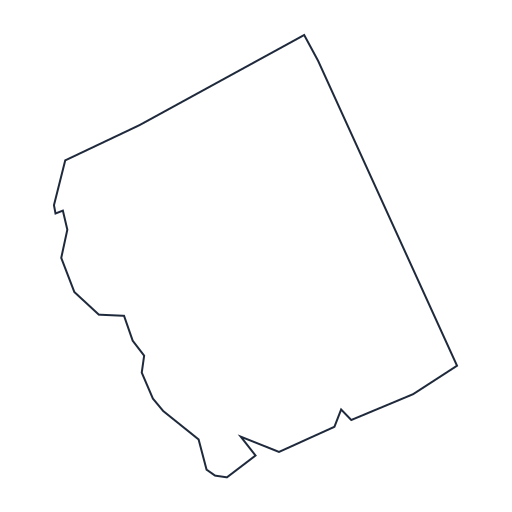 Wilkinson, Georgia, United States of America, rotated 181°
{"feature_id": "52423323B58767298738144", "entity_name": "Wilkinson", "entity_type": "district", "adm_level": 2, "iso_a3": "USA", "parent_name": "United States of America", "parent_adm1": "Georgia", "projection": "mercator", "projection_center": [-83.113, 32.796], "detail": "fine", "context": "isolated", "style": "outline", "palette": "slate", "viewbox_px": 512, "rotation_deg": 181, "n_neighbors": 0, "source": "geoboundaries", "source_scale": "gbopen_adm2", "svg_char_len": 514}
<svg xmlns="http://www.w3.org/2000/svg" viewBox="0 0 512 512"><g transform="rotate(181 256 256)"><path d="M211.7,477.8L374.8,384.8L448.4,348.3L458.9,303.3L457.2,295.0L449.9,298.0L445.1,279.0L450.7,250.7L437.0,216.8L412.1,194.6L386.9,193.9L377.8,169.1L366.1,154.4L368.2,137.4L356.6,111.6L346.0,99.3L310.2,71.6L301.7,41.5L293.1,35.7L281.2,34.2L253.0,56.5L268.1,75.1L229.6,60.5L174.6,86.6L168.2,104.0L157.9,93.7L96.5,120.6L53.1,149.8L197.3,452.2L211.7,477.8Z" fill="none" stroke="#1e293b" stroke-width="2"/></g></svg>